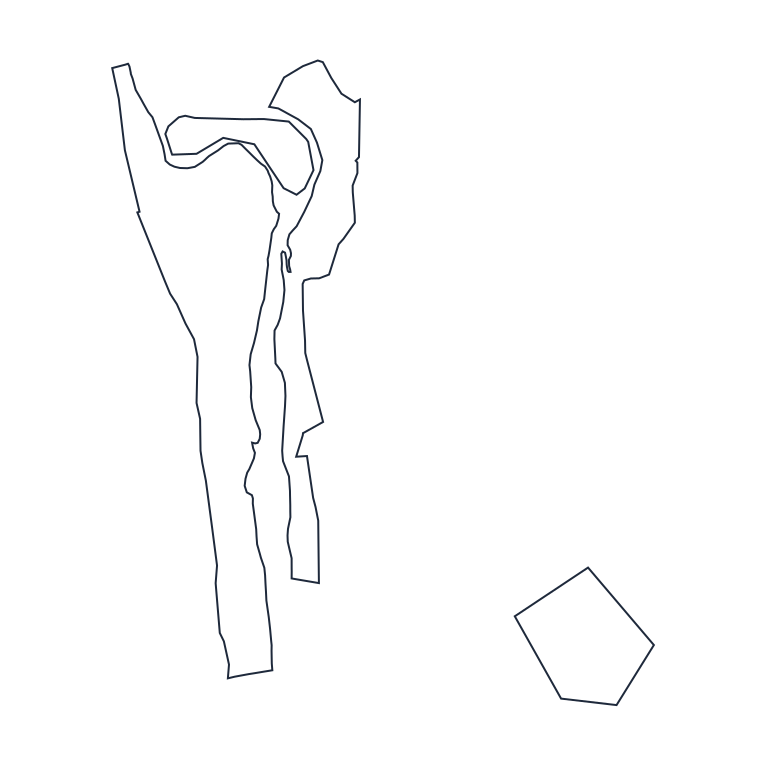 outline of Daraw, Aswan, Egypt, rotated 358°
{"feature_id": "37247803B19070372883194", "entity_name": "Daraw", "entity_type": "district", "adm_level": 2, "iso_a3": "EGY", "parent_name": "Egypt", "parent_adm1": "Aswan", "projection": "robinson", "projection_center": [32.909, 24.391], "detail": "fine", "context": "isolated", "style": "outline", "palette": "slate", "viewbox_px": 768, "rotation_deg": 358, "n_neighbors": 0, "source": "geoboundaries", "source_scale": "gbopen_adm2", "svg_char_len": 3593}
<svg xmlns="http://www.w3.org/2000/svg" viewBox="0 0 768 768"><g transform="rotate(358 384 384)"><path d="M262.4,666.2L262.1,659.4L262.3,647.2L262.3,646.8L262.6,641.2L262.3,637.1L261.6,624.7L260.7,613.1L259.9,605.6L258.9,596.3L258.8,587.6L258.6,579.6L258.5,572.1L258.5,571.7L258.5,571.3L258.0,563.5L254.9,553.3L253.9,549.0L253.3,546.7L252.7,544.2L251.6,539.8L251.3,531.9L251.2,524.6L248.7,499.0L249.0,493.8L248.1,490.5L243.1,487.5L241.2,480.9L242.3,473.8L244.2,467.8L246.4,464.4L249.3,458.3L251.4,453.8L252.6,448.3L251.0,443.7L250.1,438.0L253.2,438.9L255.7,438.4L257.9,434.4L258.5,429.9L258.2,425.7L254.5,415.7L251.5,403.5L250.5,392.5L251.2,382.5L250.7,366.7L250.2,360.4L251.8,349.6L255.5,338.5L258.9,326.0L260.6,317.0L263.9,303.3L267.2,295.0L268.4,286.5L271.4,266.0L272.3,261.0L272.1,255.2L273.1,251.8L274.2,246.6L276.5,233.9L277.1,229.5L279.3,225.4L281.8,222.2L284.3,215.1L285.1,210.2L282.9,208.1L280.7,203.4L279.9,201.6L279.3,197.5L279.3,192.8L278.8,188.4L279.3,181.6L278.8,177.5L277.4,172.5L276.0,169.3L275.2,166.7L272.7,162.5L268.8,159.6L265.2,156.1L261.3,152.1L257.2,147.7L253.3,143.6L250.0,140.0L247.0,138.3L242.8,138.3L242.6,138.3L236.9,138.3L236.7,138.3L232.0,140.6L226.2,144.8L217.1,150.1L214.9,151.9L212.8,153.8L210.5,155.7L202.5,160.4L195.1,161.5L187.6,161.0L182.1,159.5L177.6,157.2L173.5,153.3L172.7,146.6L171.3,138.3L167.9,127.8L164.3,116.6L161.9,109.3L157.9,104.1L157.4,103.1L153.6,95.8L151.0,90.6L146.1,81.4L143.4,69.9L141.8,65.2L141.8,64.7L141.8,64.2L140.7,57.8L139.5,55.1L139.4,55.0L136.7,55.8L123.4,58.8L128.9,89.7L133.2,141.3L145.7,203.3L143.5,203.9L168.7,273.8L173.4,286.3L179.8,297.0L187.7,316.6L195.7,332.6L198.6,350.4L196.0,396.4L199.0,412.4L198.6,430.1L198.3,444.3L199.7,456.7L202.6,474.4L207.2,521.5L210.8,559.6L208.8,577.2L211.2,627.1L215.0,635.6L219.3,659.0L217.7,672.7L224.6,671.3L238.8,669.2L244.6,668.5L253.0,667.4L262.4,666.2ZM312.0,580.7L313.1,534.6L313.5,518.3L311.3,504.6L309.2,495.3L304.5,453.3L293.7,453.6L301.0,432.5L301.4,430.2L302.0,430.0L321.8,419.8L307.9,357.4L306.4,350.3L306.6,337.9L305.6,307.7L306.2,281.2L307.9,277.7L314.6,276.0L322.9,276.1L332.9,272.7L343.5,242.8L348.5,237.6L360.5,221.8L360.6,214.7L359.5,191.7L359.5,189.9L359.6,184.6L364.8,172.3L365.1,161.7L363.5,159.9L366.9,156.4L369.9,98.8L364.7,101.4L351.6,92.4L342.0,76.3L334.1,60.2L329.1,58.4L314.1,63.5L294.8,74.2L278.9,103.0L288.0,104.9L294.6,108.8L295.9,109.6L307.5,116.5L319.8,126.6L325.4,140.4L330.2,158.1L327.8,169.0L322.5,180.0L321.4,182.3L318.3,193.7L310.3,209.2L302.2,223.3L298.2,227.3L294.7,231.1L292.8,236.9L292.5,242.0L294.9,246.5L295.6,250.0L295.4,252.8L293.3,256.6L293.3,260.1L293.3,262.9L294.2,266.4L294.5,268.7L292.8,268.7L291.8,267.7L291.1,263.6L290.9,261.1L290.9,257.1L290.4,253.3L289.7,249.3L287.3,248.0L285.9,250.3L286.2,260.1L285.7,266.0L287.4,276.6L287.8,286.6L286.2,298.5L282.4,314.8L279.8,321.2L276.5,326.7L276.0,335.3L276.3,354.9L276.3,356.1L276.3,359.7L282.2,368.3L285.0,379.4L285.1,392.5L284.3,402.6L282.2,422.6L279.9,447.1L280.1,452.7L280.4,457.6L285.8,473.0L286.3,487.5L286.2,492.3L286.1,501.7L285.9,507.8L285.8,513.9L283.0,525.4L282.3,532.0L282.3,538.3L283.4,543.9L284.4,548.9L285.6,554.9L285.3,564.2L285.2,568.5L284.9,575.1L290.1,576.2L312.0,580.7ZM644.6,654.3L581.5,574.6L506.6,620.7L550.0,704.6L605.2,713.0L644.6,654.3ZM180.3,147.4L184.5,147.4L204.7,147.4L231.9,132.4L262.8,139.9L290.5,184.8L303.2,191.8L311.6,185.8L321.0,167.8L316.7,139.4L314.8,136.4L298.0,118.4L273.1,115.0L252.9,114.5L204.2,111.5L194.7,109.0L188.2,110.3L177.5,119.0L174.2,126.5L175.6,131.0L179.6,145.2L180.0,146.6L180.3,147.4Z" fill="none" stroke="#1e293b" stroke-width="2"/></g></svg>